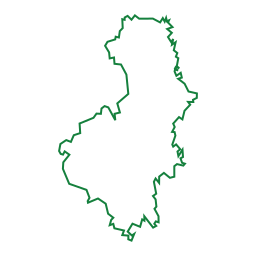 So Phisai, Bueng Kan, Thailand (Equal Earth projection)
{"feature_id": "78962969B4789393991708", "entity_name": "So Phisai", "entity_type": "district", "adm_level": 2, "iso_a3": "THA", "parent_name": "Thailand", "parent_adm1": "Bueng Kan", "projection": "equal_earth", "projection_center": [103.426, 18.145], "detail": "medium", "context": "isolated", "style": "outline", "palette": "green", "viewbox_px": 256, "rotation_deg": 0, "n_neighbors": 0, "source": "geoboundaries", "source_scale": "gbopen_adm2", "svg_char_len": 1849}
<svg xmlns="http://www.w3.org/2000/svg" viewBox="0 0 256 256"><path d="M177.0,164.1L183.3,165.6L184.9,163.7L182.1,162.8L180.5,158.3L183.0,157.0L182.5,149.7L178.4,156.1L177.5,151.5L180.2,149.2L176.1,144.4L173.2,146.6L172.3,144.6L175.4,135.6L174.6,132.1L172.1,131.9L174.7,127.0L173.2,123.6L179.0,117.1L182.4,119.4L184.5,110.8L190.2,104.7L188.1,101.9L193.3,102.0L193.0,99.8L196.8,97.9L196.9,93.4L188.5,91.5L184.6,83.7L178.2,78.8L181.8,77.6L180.7,72.8L176.4,75.8L174.6,71.5L175.0,69.3L178.1,70.5L175.0,68.4L175.9,66.8L179.3,68.3L176.8,66.2L178.3,58.2L175.9,56.7L177.3,53.0L173.8,50.3L175.6,42.2L172.0,44.7L173.2,39.0L171.2,42.1L168.0,37.0L171.8,32.8L167.2,29.0L172.5,27.1L168.0,22.5L169.0,20.3L166.9,21.3L166.1,17.9L164.7,21.6L162.8,18.1L160.1,22.4L152.9,18.6L139.2,18.7L134.9,15.4L131.5,19.7L127.6,15.9L124.7,17.5L124.6,19.8L122.3,19.2L122.7,28.1L119.8,31.1L118.9,37.5L115.7,36.7L115.2,39.4L107.5,41.8L105.1,45.8L109.1,52.4L109.7,58.4L114.0,57.5L114.5,63.8L121.0,64.5L126.4,74.6L128.3,93.9L117.3,103.4L119.9,112.5L114.6,113.8L115.3,120.2L108.3,107.4L104.6,106.1L101.5,108.5L100.9,113.8L96.5,113.6L93.5,117.8L79.6,123.5L80.2,133.1L73.8,135.2L70.9,141.9L66.2,140.1L60.4,144.0L59.1,151.0L60.7,153.9L63.0,154.6L64.7,151.4L69.4,154.7L63.3,162.3L62.9,168.8L69.2,183.8L86.5,189.9L89.5,197.8L87.7,201.1L88.0,202.7L98.0,198.5L105.7,203.7L108.1,213.7L113.3,217.7L111.2,219.9L109.7,225.2L113.3,223.9L114.4,228.3L124.0,230.5L122.3,235.1L128.4,235.6L128.3,239.3L131.5,240.6L134.2,233.9L131.9,235.5L127.7,231.6L132.5,223.7L140.1,226.8L142.2,219.4L144.4,220.7L144.3,216.2L153.1,227.6L156.2,225.9L154.3,223.8L155.8,221.4L158.6,222.3L158.5,216.2L154.5,208.8L156.4,206.6L155.6,199.4L153.0,196.0L156.2,193.7L153.9,181.8L155.6,178.5L159.1,182.9L159.2,176.6L163.9,172.9L169.9,177.8L174.3,176.7L174.3,166.2L177.0,164.1Z" fill="none" stroke="#15803d" stroke-width="2"/></svg>